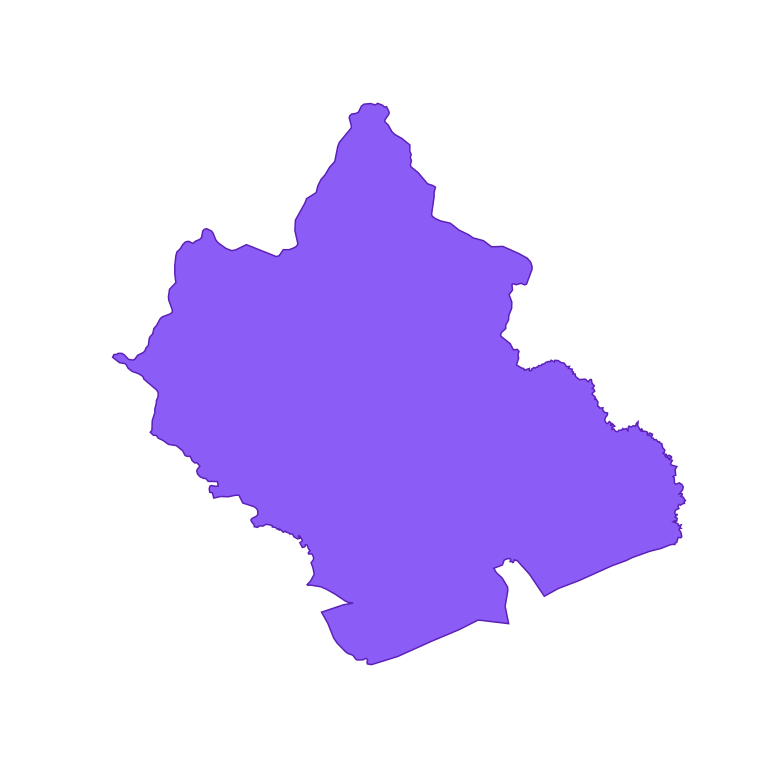 outline of Srinagarindra, Phatthalung, Thailand, rotated 69°
{"feature_id": "78962969B8078558348171", "entity_name": "Srinagarindra", "entity_type": "district", "adm_level": 2, "iso_a3": "THA", "parent_name": "Thailand", "parent_adm1": "Phatthalung", "projection": "albers", "projection_center": [99.922, 7.561], "detail": "fine", "context": "isolated", "style": "filled", "palette": "violet", "viewbox_px": 768, "rotation_deg": 69, "n_neighbors": 0, "source": "geoboundaries", "source_scale": "gbopen_adm2", "svg_char_len": 6170}
<svg xmlns="http://www.w3.org/2000/svg" viewBox="0 0 768 768"><g transform="rotate(69 384 384)"><path d="M611.2,157.1L610.6,157.2L610.6,158.6L609.2,159.0L606.2,157.2L606.0,153.3L603.5,153.4L602.1,151.7L603.4,150.6L602.8,147.4L603.2,146.3L601.3,145.9L601.0,144.4L596.8,145.3L595.1,147.1L594.5,145.4L593.5,145.0L592.5,145.9L592.4,147.6L589.7,143.0L587.2,141.5L584.4,142.0L582.1,143.8L582.2,147.4L580.7,148.3L575.5,146.7L573.9,147.5L573.7,144.3L568.2,142.9L566.0,140.2L562.3,145.2L561.3,145.1L558.6,142.2L556.4,145.1L555.5,145.0L556.2,142.7L555.8,141.9L554.8,141.7L552.7,143.3L552.8,144.9L554.1,146.1L553.5,147.0L551.8,147.3L552.0,145.8L550.9,145.6L549.6,147.6L548.5,148.2L548.2,146.9L546.3,145.5L543.3,146.7L539.4,146.0L538.0,147.4L536.6,147.5L536.4,148.8L533.5,149.8L532.7,152.1L531.2,151.9L530.4,153.4L528.4,153.5L528.7,152.6L527.1,151.3L525.0,153.4L525.3,154.4L526.9,154.7L526.5,156.0L525.4,156.4L523.9,155.4L523.0,155.6L521.4,157.6L521.2,159.0L518.2,159.5L518.5,160.4L520.2,160.5L519.8,161.2L513.6,162.0L510.3,160.3L511.2,162.5L513.6,164.3L512.3,166.2L512.7,168.9L511.1,170.3L511.9,171.4L515.1,173.1L512.3,173.9L512.3,176.5L511.1,177.0L512.2,178.5L511.4,181.2L512.2,182.7L511.3,184.8L508.2,185.6L508.2,187.4L506.3,186.6L506.1,183.7L503.0,185.0L503.0,185.7L504.3,186.3L503.9,187.1L501.5,186.1L499.8,187.1L501.1,189.4L500.2,190.5L497.1,191.0L494.9,189.5L492.8,186.4L491.1,185.7L489.8,188.1L486.5,189.2L484.7,188.1L483.7,191.4L482.1,191.5L481.3,192.5L477.4,190.7L473.8,191.5L474.2,192.3L473.6,192.8L471.8,191.5L468.2,193.3L467.2,192.8L466.2,189.8L464.0,190.0L462.8,191.2L461.2,188.3L457.8,189.5L454.2,188.8L453.7,189.9L455.1,192.5L451.6,194.3L449.9,200.0L445.8,202.4L443.1,202.0L442.0,204.1L440.7,202.8L439.4,204.1L437.7,202.9L435.6,206.2L434.1,204.5L433.1,207.4L429.2,208.2L427.3,211.2L424.6,212.9L423.1,216.0L424.4,216.9L421.7,219.5L422.7,220.7L421.8,222.9L421.8,225.0L422.7,227.7L422.1,229.1L423.1,230.7L422.2,233.1L423.4,234.7L422.9,235.8L423.4,237.0L422.2,238.6L423.2,239.7L422.9,240.8L424.1,241.5L424.1,243.1L423.4,243.5L421.6,242.7L421.5,247.9L419.6,248.0L418.4,249.8L413.6,253.5L408.3,249.1L404.4,248.3L402.0,246.3L399.4,247.2L398.5,250.9L391.7,251.7L381.5,257.6L379.6,257.5L377.8,255.4L375.9,250.5L372.6,249.2L368.9,244.8L364.6,242.8L359.1,237.7L353.3,235.3L345.4,235.2L342.4,230.4L337.0,228.9L336.8,227.3L338.7,225.0L339.1,220.0L341.9,217.1L341.8,215.1L330.1,204.8L327.5,203.7L323.0,203.4L318.0,205.1L310.6,211.3L298.1,223.8L294.5,234.4L285.8,239.8L279.5,248.5L275.0,251.5L267.1,258.9L257.6,264.5L252.1,272.7L247.7,277.0L244.7,278.8L242.7,278.8L227.1,270.1L223.0,268.5L218.7,265.4L216.2,267.3L212.7,271.6L198.9,276.4L190.7,281.1L188.7,280.7L185.2,278.3L181.9,278.3L179.7,276.4L176.1,276.5L170.1,274.2L161.4,279.2L154.9,284.5L151.2,286.2L143.9,287.2L139.3,289.3L137.6,288.3L133.8,282.7L132.2,281.8L129.7,281.9L126.0,282.3L125.7,284.1L123.1,285.6L119.7,289.3L120.4,292.1L117.4,295.9L115.6,302.3L116.4,305.4L121.1,310.5L121.3,313.3L120.4,317.5L121.4,320.0L123.2,321.1L131.3,322.0L133.2,322.8L142.4,339.1L145.6,342.0L158.6,350.2L162.4,357.5L167.4,363.7L170.7,369.8L175.5,374.9L181.0,378.7L183.2,389.8L186.9,393.2L199.3,408.0L208.8,412.2L222.3,414.2L224.0,416.1L224.6,419.2L224.6,424.4L222.5,429.9L226.6,435.8L226.5,438.8L204.6,462.5L205.6,474.1L205.0,478.3L200.9,482.9L192.8,488.2L189.1,489.4L181.7,489.5L179.3,490.3L175.5,493.8L175.2,496.5L176.3,498.4L181.8,501.8L183.0,504.3L183.1,508.9L184.3,511.9L180.8,515.2L180.2,518.3L181.8,522.1L184.6,525.5L186.5,530.0L189.6,532.3L198.3,536.8L206.3,539.9L214.8,542.0L218.7,550.3L225.3,554.0L228.6,554.9L238.9,555.1L241.1,556.0L241.9,558.1L241.9,567.0L242.9,569.6L247.9,575.4L249.7,578.9L254.3,582.0L256.0,585.4L257.4,586.9L263.6,590.2L264.9,593.2L267.2,595.2L268.3,597.3L268.9,603.7L271.6,607.9L271.7,609.8L269.5,613.6L263.9,615.9L261.5,617.7L260.1,621.2L260.6,622.8L259.7,625.6L261.8,627.8L269.3,623.3L272.5,618.0L277.7,617.2L281.9,614.7L286.2,609.7L289.3,607.2L290.9,606.4L293.5,606.4L308.1,598.4L311.1,597.9L315.0,599.5L317.7,602.3L320.3,603.4L325.2,606.9L328.5,608.1L335.0,613.4L343.9,617.2L345.3,619.5L349.2,617.7L350.6,614.8L353.5,614.3L357.5,610.5L363.1,606.9L367.1,600.0L374.2,595.9L379.6,595.3L381.1,593.5L382.0,590.9L386.8,590.6L389.9,589.0L390.5,586.8L394.6,585.3L396.9,589.1L398.5,590.1L401.4,590.3L404.8,588.9L407.6,586.1L408.3,584.3L411.9,583.0L415.4,574.5L419.9,575.3L419.2,577.7L416.8,581.7L417.1,583.2L419.1,584.7L422.7,585.5L424.0,583.2L429.5,583.8L430.5,576.8L433.5,569.8L434.6,562.7L435.8,559.3L444.5,558.5L451.9,549.3L454.2,547.8L456.4,547.2L460.8,548.6L461.8,551.1L462.2,555.4L463.1,556.9L464.5,557.1L469.2,555.7L470.7,556.3L472.6,553.3L471.9,552.0L472.4,549.3L473.3,548.1L472.7,544.6L474.5,541.2L476.4,539.0L477.5,539.5L478.9,536.8L481.3,535.7L481.5,534.0L482.8,534.2L482.7,532.9L486.3,531.1L486.1,528.7L487.2,528.4L489.4,525.8L490.3,525.8L491.2,523.1L494.3,522.9L497.7,520.1L497.9,518.1L495.4,518.3L495.2,517.4L500.6,516.2L501.4,516.8L502.0,519.4L506.8,518.9L507.4,518.7L507.6,516.8L507.3,515.8L505.8,515.0L506.6,513.6L511.3,513.5L513.1,512.7L514.2,515.0L515.0,515.3L515.9,515.1L516.7,512.2L520.6,511.8L523.0,513.1L524.7,516.1L530.0,516.2L536.6,517.3L541.8,523.4L543.7,527.7L544.7,527.2L545.5,524.5L550.7,515.6L555.0,511.3L563.0,504.7L572.5,498.1L575.3,495.4L577.5,491.3L575.6,500.9L574.6,524.1L587.5,522.2L603.3,522.0L609.4,520.5L620.1,515.9L622.6,514.3L626.1,510.2L631.1,508.9L632.2,507.6L634.0,502.3L633.7,499.3L634.2,498.6L635.7,498.2L637.6,499.6L639.4,499.8L641.5,496.3L643.3,468.9L641.2,432.0L640.2,401.3L638.1,380.7L652.4,353.5L635.0,350.6L621.2,342.4L617.7,341.4L607.5,343.2L600.4,346.7L595.4,347.5L595.4,338.3L591.5,335.0L591.3,331.6L592.0,329.2L593.3,328.6L594.9,329.9L595.5,328.5L596.8,327.9L596.8,327.0L594.8,325.2L596.2,324.0L596.4,323.0L613.9,316.3L639.6,310.4L637.4,294.9L637.4,272.2L635.4,236.8L635.6,220.7L635.0,214.7L635.4,196.1L636.8,184.2L636.7,175.0L637.0,172.4L638.1,170.0L636.8,169.2L636.8,167.5L632.7,164.4L633.9,162.0L633.2,160.7L629.4,160.0L625.4,160.6L624.8,159.9L625.1,158.4L624.0,159.1L622.0,157.1L621.9,159.9L619.7,159.7L616.2,163.6L615.9,161.2L616.9,160.8L616.9,159.8L614.5,158.4L612.4,160.0L611.2,157.1Z" fill="#8b5cf6" stroke="#5b21b6" stroke-width="1.5"/></g></svg>